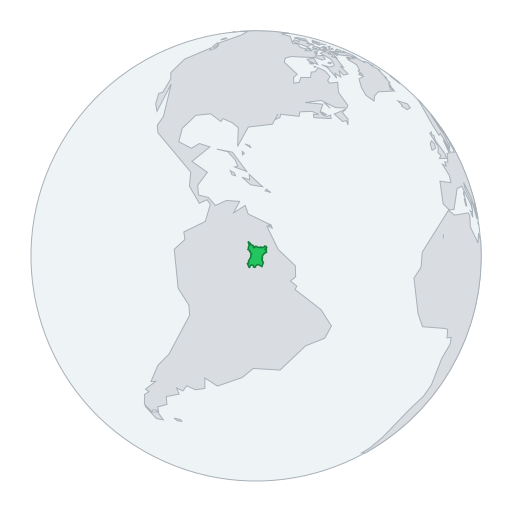 globe centered on Roraima, rotated 27°
{"feature_id": "BRA-670", "entity_name": "Roraima", "entity_type": "State", "adm_level": 1, "iso_a3": "BRA", "parent_name": "Brazil", "parent_adm1": "", "projection": "orthographic", "projection_center": [-61.438, 1.924], "detail": "fine", "context": "on_globe", "style": "filled", "palette": "green", "viewbox_px": 512, "rotation_deg": 27, "n_neighbors": 0, "source": "natural_earth", "source_scale": "10m", "svg_char_len": 11306}
<svg xmlns="http://www.w3.org/2000/svg" viewBox="0 0 512 512"><g transform="rotate(27 256 256)"><circle cx="256" cy="256" r="225" fill="#eef3f6" stroke="#a8b0b8"/><path d="M183.9,42.6L184.3,42.4L177.6,46.6L186.9,44.8L192.2,50.1L196.3,48.2L200.9,50.0L207.4,48.6L206.5,50.7L212.4,48.0L212.0,46.4L214.4,44.9L218.2,44.2L217.7,46.4L215.8,47.1L217.6,47.4L215.8,49.0L218.8,47.8L217.8,51.1L224.4,47.0L228.3,48.9L226.1,51.3L219.1,52.2L196.6,62.4L192.3,66.4L193.2,70.5L210.2,75.3L208.4,79.8L211.3,85.0L215.6,81.6L214.9,76.5L223.6,72.2L221.7,67.1L225.0,65.0L226.0,60.0L233.6,59.8L240.5,62.6L240.1,67.0L243.2,68.6L249.9,64.1L255.2,72.8L269.3,80.0L269.9,82.8L259.5,87.7L243.5,87.8L230.1,96.9L246.7,90.4L247.8,98.6L251.2,100.0L255.8,99.6L258.5,96.5L260.5,99.5L244.8,106.4L242.8,103.7L247.7,101.3L240.2,101.7L229.7,107.6L231.0,112.0L213.7,118.5L214.4,121.9L211.1,125.7L211.0,119.5L210.8,131.1L190.6,144.6L189.8,166.6L182.0,149.7L174.0,148.0L164.1,148.6L163.7,152.1L151.1,149.9L138.6,157.9L132.3,175.7L135.3,189.2L149.5,189.4L154.5,181.5L165.4,179.7L156.0,200.8L174.7,203.5L171.9,219.5L177.1,227.8L186.9,225.5L196.9,229.4L204.5,219.9L216.6,214.8L216.4,227.8L223.4,215.9L229.9,222.1L254.3,221.6L252.3,224.6L272.8,240.1L295.5,246.9L300.8,256.6L298.0,262.6L306.0,264.3L306.1,268.2L338.3,274.3L355.0,284.2L354.6,297.9L340.9,313.7L329.2,346.7L304.7,357.4L298.9,370.5L280.7,389.4L265.8,387.9L270.6,397.2L262.8,402.7L253.2,403.1L252.1,409.5L245.1,409.6L250.2,413.9L239.9,422.0L244.1,428.7L236.9,435.1L239.9,438.9L236.8,438.7L233.8,440.1L233.9,442.2L223.8,438.6L219.6,429.9L222.2,425.5L218.0,424.8L223.5,413.3L219.4,415.6L218.2,397.9L223.0,383.0L223.8,339.1L218.6,330.3L201.2,320.0L180.1,287.1L185.2,273.6L180.8,267.3L195.2,248.2L191.8,230.6L186.8,228.1L181.6,234.8L165.0,224.0L159.7,210.8L112.7,190.7L108.7,184.3L110.2,173.8L102.4,141.2L102.1,172.0L97.6,166.1L95.5,155.2L98.6,152.4L99.7,136.8L96.8,131.3L103.0,113.0L121.9,90.5L121.7,93.6L126.2,88.5L126.8,84.6L126.0,83.4L142.4,66.0L146.7,59.6L140.5,62.7L147.8,58.6L139.6,63.1L153.8,55.2L168.6,48.3L183.9,42.6ZM187.9,174.2L209.4,184.9L196.5,186.4L199.1,184.3L193.8,179.8L183.7,175.9L172.5,178.5L187.9,174.2ZM199.2,161.7L195.4,161.0L199.2,160.8L199.2,161.7ZM124.9,83.5L126.3,84.9L124.1,89.7L122.4,88.7L124.9,83.5ZM129.8,75.6L131.7,75.1L126.4,79.7L126.9,78.6L129.8,75.6ZM135.0,65.9L135.3,65.9L133.5,66.9L135.0,65.9ZM221.7,60.5L223.8,60.3L222.5,61.3L221.7,60.5ZM220.2,58.8L217.2,60.2L216.0,59.6L217.9,58.7L220.2,58.8ZM224.1,57.3L214.3,58.4L212.3,57.5L217.7,53.6L224.1,57.3ZM210.2,46.3L210.8,47.9L206.8,47.3L210.2,46.3ZM207.0,46.4L191.2,48.2L192.1,45.9L197.2,45.5L195.6,43.7L203.8,41.6L206.6,42.2L204.3,43.9L209.2,41.9L207.0,46.4ZM215.1,44.2L211.8,44.6L212.3,42.6L219.0,41.5L216.7,42.5L215.1,44.2ZM191.1,44.4L192.7,43.0L199.8,40.9L201.4,40.2L204.1,41.4L191.1,44.4ZM218.5,42.6L222.4,41.2L225.6,41.6L218.3,43.8L218.5,42.6ZM209.7,42.6L210.3,41.7L212.1,41.8L209.7,42.6ZM239.0,43.0L235.0,43.0L235.0,41.9L239.0,43.0ZM223.6,40.6L222.5,40.5L222.1,40.2L225.2,39.4L223.6,40.6ZM208.9,40.0L211.6,39.6L208.2,39.4L213.4,38.1L214.3,39.3L216.1,38.3L217.7,38.0L216.6,39.4L208.9,40.0ZM227.1,37.8L229.9,39.6L237.3,39.6L237.5,40.5L225.7,40.4L227.1,37.8ZM221.0,38.6L224.8,38.3L223.2,39.3L219.6,40.2L221.0,38.6ZM216.6,37.0L208.4,38.6L208.5,38.3L216.6,37.0ZM229.5,37.6L228.8,37.2L230.2,37.4L229.5,37.6ZM221.0,36.8L218.0,37.3L218.2,37.0L221.0,36.8ZM229.7,36.2L230.6,36.7L228.2,37.2L229.7,36.2ZM226.0,36.3L226.9,35.8L226.8,37.1L224.6,36.6L226.0,36.3ZM221.6,36.4L220.8,36.4L222.8,36.3L221.6,36.4ZM238.4,34.4L238.8,36.0L233.4,36.9L233.8,35.2L238.4,34.4ZM241.1,446.0L224.9,439.9L233.8,442.7L238.9,439.5L247.8,444.1L241.1,446.0ZM256.6,437.7L263.1,436.0L265.0,437.0L260.9,438.5L256.6,437.7ZM436.5,121.2L436.7,121.7L429.8,113.1L426.1,108.2L436.5,121.2ZM411.3,92.8L421.9,103.7L425.9,108.1L427.0,111.1L433.8,118.9L436.3,123.0L425.7,111.4L422.1,107.0L407.6,96.2L411.6,100.8L425.5,111.8L423.9,111.1L429.4,118.7L423.9,112.4L407.6,100.4L404.6,104.6L411.3,124.6L407.3,127.2L399.1,124.6L385.9,105.8L396.4,102.2L391.8,96.6L380.5,89.6L384.7,89.5L381.4,86.6L384.4,85.4L379.7,77.8L381.5,76.5L370.9,68.3L370.4,66.9L376.8,71.9L382.2,75.2L385.5,73.5L383.6,71.7L376.4,66.8L378.2,67.4L370.9,63.0L368.5,60.9L365.3,60.1L356.8,55.5L350.7,51.9L347.3,50.6L357.4,56.5L361.9,59.2L366.7,61.5L378.6,70.0L379.3,71.9L364.7,63.3L364.2,65.4L353.0,58.7L332.7,45.1L328.7,42.9L333.4,44.4L350.4,51.5L366.9,59.9L382.6,69.6L397.4,80.6L411.3,92.8ZM444.9,378.7L442.7,382.0L439.5,383.5L444.6,375.3L451.1,360.1L462.5,322.7L468.9,304.9L470.8,291.5L468.0,262.9L469.0,246.4L466.9,239.9L463.3,242.2L460.2,234.5L457.5,234.7L436.5,243.4L426.7,234.0L406.8,204.0L408.2,191.1L402.4,177.1L406.7,127.9L414.3,129.5L425.3,121.4L427.9,122.6L433.8,132.8L447.9,143.6L443.9,134.7L449.4,140.4L449.3,140.2L457.3,154.9L464.3,170.2L470.1,185.9L474.7,202.0L478.1,218.4L480.3,235.0L481.2,251.7L480.9,268.5L479.4,285.1L476.6,301.7L472.6,317.9L467.4,333.8L461.0,349.3L453.5,364.3L444.9,378.7ZM413.1,151.4L414.9,155.5L413.1,151.4ZM255.1,221.4L257.9,223.9L254.0,224.0L255.1,221.4ZM194.3,191.6L199.0,191.8L201.4,193.8L197.7,194.5L194.3,191.6ZM234.9,191.6L240.5,192.7L234.5,193.8L234.9,191.6ZM212.9,186.3L230.4,191.3L218.8,195.0L207.8,192.1L215.7,191.0L212.9,186.3ZM196.2,168.9L199.1,169.8L198.0,172.1L196.2,168.9ZM202.0,161.7L200.8,161.9L199.5,160.1L202.0,161.7ZM248.7,98.2L250.0,97.7L254.4,98.0L252.1,99.4L248.7,98.2ZM275.9,92.3L278.5,97.4L275.0,94.4L272.2,96.8L261.3,94.0L269.6,84.1L267.8,88.9L275.9,92.3ZM249.1,88.5L255.1,90.8L248.2,88.7L249.1,88.5ZM360.0,73.8L364.0,75.0L367.2,78.4L364.9,81.9L360.3,76.9L360.0,73.8ZM368.9,76.2L355.1,67.7L355.9,65.8L357.8,68.2L359.7,67.8L363.3,71.6L377.7,78.9L381.4,82.5L375.2,85.9L375.2,82.5L371.2,81.2L368.9,76.2ZM318.1,55.5L312.1,53.4L321.7,51.7L326.2,53.9L324.3,57.0L317.8,56.3L318.1,55.5ZM235.4,50.9L232.5,51.4L232.6,50.6L235.2,49.5L235.4,50.9ZM237.2,43.1L248.3,48.2L245.5,48.9L255.4,51.9L251.9,55.1L245.6,52.9L250.3,58.1L243.3,57.4L247.3,60.9L233.7,55.6L227.5,55.8L235.7,54.3L239.1,51.2L238.7,49.9L233.0,46.6L221.4,46.1L222.9,43.6L227.0,42.0L230.1,41.7L228.1,43.3L233.5,41.8L233.1,44.0L237.2,43.1ZM274.6,33.4L271.1,33.8L281.8,34.2L281.4,35.1L282.7,35.1L285.3,36.3L290.6,37.9L289.3,38.3L291.9,38.8L293.7,39.8L296.9,40.8L295.7,42.1L299.5,43.4L296.8,43.3L303.6,45.5L298.1,44.5L299.8,46.2L304.3,46.2L290.5,54.1L289.0,59.2L290.8,64.4L281.0,62.9L273.0,57.6L267.4,51.4L270.2,47.1L265.2,47.6L265.1,45.8L269.1,46.1L262.9,44.7L263.9,43.4L258.8,39.9L249.3,39.3L247.2,38.3L251.4,37.9L246.4,37.3L252.9,36.1L251.6,35.5L256.6,34.1L265.5,34.3L263.3,33.6L267.1,33.0L274.6,33.4ZM240.0,34.0L250.8,33.3L255.8,33.7L244.9,36.1L245.2,36.8L238.4,39.1L231.2,38.7L233.8,38.0L234.7,37.3L236.6,37.6L235.7,36.8L239.3,36.0L239.6,35.3L243.0,35.1L240.0,34.0ZM426.4,118.6L427.5,118.8L428.4,118.0L431.8,123.1L426.4,118.6ZM415.5,110.4L415.9,109.6L421.2,115.7L420.0,115.8L415.5,110.4ZM411.6,104.2L415.5,109.0L412.7,106.5L411.6,104.2ZM376.7,71.1L376.6,70.3L378.4,71.4L380.5,73.3L376.7,71.1ZM306.4,37.1L303.6,36.7L302.5,36.4L294.5,34.9L294.1,34.5L298.8,35.2L306.4,37.1ZM438.3,125.1L440.4,127.1L439.2,126.5L438.3,125.1ZM304.7,36.4L301.4,35.8L303.3,36.0L304.7,36.4ZM293.5,34.2L294.9,34.3L293.2,34.3L293.5,34.2Z" fill="#d9dde1" stroke="#a8b0b8" stroke-width="1"/><path d="M260.8,242.9L260.9,243.0L261.1,243.0L261.3,243.3L261.7,243.6L261.6,243.9L261.6,244.1L261.6,244.3L261.6,244.6L261.5,245.0L261.4,245.1L261.3,245.3L261.3,245.5L261.2,245.5L261.0,245.8L261.3,245.8L261.6,245.9L261.8,245.9L262.0,246.0L262.1,245.9L262.1,246.0L262.3,246.1L262.7,246.2L262.8,246.3L262.8,246.5L262.7,246.6L262.7,246.8L262.7,247.0L262.8,247.2L263.0,247.3L263.0,247.5L263.2,247.9L263.2,248.0L263.5,248.0L263.4,248.2L263.2,248.4L263.2,248.6L262.9,248.8L262.9,249.0L262.7,249.1L262.6,249.3L262.3,249.4L262.2,249.5L262.3,249.8L262.3,250.1L262.3,250.3L262.2,250.5L262.0,250.9L262.0,251.0L262.0,251.3L261.9,251.3L261.8,251.6L261.7,251.7L261.8,252.0L261.7,252.3L261.6,253.0L261.8,253.3L261.9,253.5L262.0,253.9L262.0,254.1L262.0,254.3L262.3,254.4L262.4,254.5L262.6,254.6L262.6,255.1L262.7,255.3L262.7,255.6L262.7,255.8L262.6,256.0L262.6,256.3L262.8,256.3L263.0,256.3L262.9,256.6L263.0,256.7L263.1,256.8L263.3,256.8L263.5,256.9L263.6,257.0L263.8,257.3L264.0,257.5L264.3,257.6L264.3,257.8L264.5,258.0L264.9,258.2L265.5,258.3L266.1,262.7L262.6,262.7L261.6,262.7L261.4,262.8L261.2,263.0L261.1,263.3L261.0,263.5L260.8,263.7L260.8,263.8L260.7,263.9L260.7,264.1L260.4,264.4L260.4,264.8L260.1,265.4L260.1,265.5L260.2,265.8L260.4,266.0L260.5,266.2L260.4,266.3L260.2,266.4L259.8,266.5L259.7,266.7L259.7,266.8L259.3,266.8L259.1,266.9L258.8,266.9L258.7,266.9L258.7,266.7L258.5,266.3L258.2,266.1L258.1,265.9L258.0,265.7L257.9,265.7L257.7,265.7L257.3,265.5L256.9,265.5L256.7,265.7L256.4,265.9L256.2,265.9L255.9,266.1L255.8,266.3L255.6,266.4L255.6,266.6L255.6,266.8L255.4,267.1L255.4,267.3L255.5,267.6L255.5,267.8L255.5,268.1L255.3,268.6L255.4,269.1L255.2,269.1L254.9,269.1L254.8,268.9L254.7,268.9L254.5,269.0L254.4,269.0L254.3,268.9L254.0,268.5L253.9,268.3L253.7,268.1L253.5,267.9L253.2,267.8L253.0,267.7L252.8,267.4L252.5,267.3L252.3,267.0L252.1,266.8L251.8,266.7L251.8,266.3L252.1,266.3L252.3,266.4L252.5,266.2L252.5,265.6L252.4,265.4L252.3,265.0L252.3,264.8L252.2,264.6L251.9,264.4L251.8,264.0L251.6,263.8L251.5,263.6L251.6,263.4L251.7,263.2L251.6,262.9L251.6,262.6L251.7,262.3L251.7,262.2L251.7,261.9L251.8,261.7L251.7,260.9L251.7,260.7L251.9,260.6L252.0,260.4L252.0,260.2L251.8,259.8L251.8,259.4L251.7,259.3L251.6,259.1L251.6,258.9L251.4,258.2L251.2,257.9L251.0,257.7L250.7,257.3L250.7,257.2L250.8,257.0L250.8,256.9L251.0,256.8L250.9,256.4L251.1,256.1L251.0,255.9L250.8,255.8L250.5,255.6L250.3,255.6L250.1,255.6L249.9,255.6L249.7,255.6L249.4,255.3L249.3,255.2L249.1,255.0L248.9,255.1L248.7,255.1L248.3,254.8L248.4,254.6L248.4,254.3L248.4,254.1L247.9,254.0L247.6,254.0L247.1,254.0L246.9,254.0L246.6,254.0L246.1,253.9L245.9,253.9L245.7,253.8L245.7,253.7L245.9,253.3L245.9,252.9L245.8,252.6L245.5,252.0L245.4,251.8L245.3,251.6L245.1,251.4L245.1,251.1L245.1,250.8L245.1,250.6L245.0,250.1L245.1,249.8L245.2,249.7L245.2,249.4L244.9,249.2L244.7,248.9L244.2,248.7L243.9,248.4L243.7,248.2L243.4,247.9L243.2,247.5L243.1,247.3L243.0,247.2L242.8,247.1L242.8,246.8L242.9,246.7L243.0,246.7L243.2,246.8L243.4,246.9L243.5,247.1L243.5,247.3L244.5,247.2L245.0,247.3L245.3,247.3L245.5,247.5L245.6,248.0L245.8,248.3L246.0,248.3L246.4,248.0L246.6,248.0L246.8,248.1L247.2,248.0L247.4,248.1L247.7,248.3L247.9,248.4L248.0,248.4L248.1,248.2L248.3,247.9L248.5,248.0L248.8,248.1L248.9,248.3L249.1,248.6L249.4,248.8L249.9,249.4L250.1,249.5L250.3,249.6L250.6,249.4L250.9,249.2L250.9,248.9L250.9,248.7L250.8,248.4L250.7,248.3L250.7,248.2L250.8,248.0L250.8,247.8L250.9,247.7L251.2,247.7L251.5,247.7L251.7,247.4L251.9,247.3L252.0,247.2L252.3,247.2L253.0,247.5L253.4,247.4L253.7,247.2L253.8,247.2L254.1,247.3L254.5,247.1L254.7,246.9L254.8,246.9L255.0,246.8L255.4,246.8L255.5,246.9L255.7,246.7L255.7,246.4L255.9,246.2L256.2,246.2L256.4,246.2L256.5,246.1L256.4,245.8L256.5,245.8L256.8,245.8L257.1,245.9L257.3,245.8L257.7,245.8L257.8,245.7L258.0,245.3L258.1,245.1L258.3,245.0L258.6,244.9L258.8,244.8L259.0,244.6L259.2,244.3L259.3,244.1L259.3,243.9L259.0,243.2L258.9,243.2L258.7,243.1L258.9,243.1L259.2,243.1L259.4,243.2L259.7,243.1L259.8,243.2L260.0,243.1L260.3,243.2L260.6,242.9L260.8,242.9Z" fill="#22c55e" stroke="#15803d" stroke-width="1.5"/></g></svg>